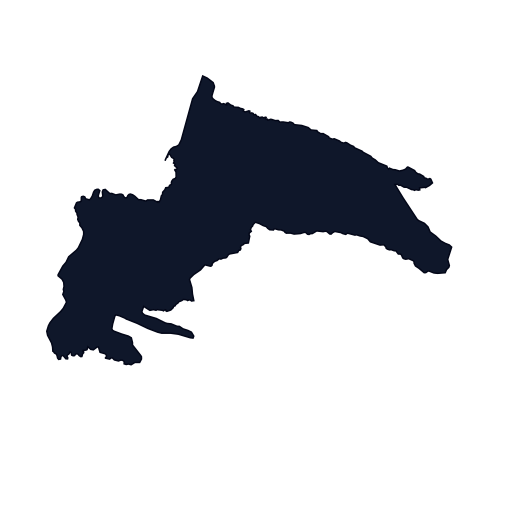 the district of Popokabaka, Bandundu, Democratic Republic of the Congo, rotated 107°
{"feature_id": "63176286B47421332346835", "entity_name": "Popokabaka", "entity_type": "district", "adm_level": 2, "iso_a3": "COD", "parent_name": "Democratic Republic of the Congo", "parent_adm1": "Bandundu", "projection": "albers", "projection_center": [16.639, -5.513], "detail": "fine", "context": "isolated", "style": "filled", "palette": "ink", "viewbox_px": 512, "rotation_deg": 107, "n_neighbors": 0, "source": "geoboundaries", "source_scale": "gbopen_adm2", "svg_char_len": 6152}
<svg xmlns="http://www.w3.org/2000/svg" viewBox="0 0 512 512"><g transform="rotate(107 256 256)"><path d="M397.7,370.0L397.4,365.8L395.8,364.8L395.5,363.4L396.8,361.1L396.6,356.8L395.1,354.9L394.7,353.2L395.4,351.2L397.7,350.6L397.7,348.4L396.6,346.4L396.5,343.6L393.2,340.7L391.8,336.1L388.0,335.4L385.8,336.1L384.9,337.1L377.2,348.1L374.9,348.8L370.7,351.3L369.9,354.6L369.9,361.7L369.4,369.8L368.9,371.6L367.7,372.6L362.9,373.2L354.8,373.4L353.3,372.9L353.1,369.1L353.7,363.4L354.2,361.6L355.1,350.1L356.9,338.3L357.6,327.9L357.4,323.7L354.8,315.2L353.5,307.4L353.4,295.0L352.9,292.2L350.8,292.1L347.7,295.5L347.1,299.2L347.0,304.5L345.7,308.7L346.3,311.0L345.7,317.3L346.5,321.3L346.5,323.6L344.9,333.0L345.0,345.3L343.8,348.0L342.4,348.9L337.0,348.7L339.0,341.6L337.3,338.4L337.1,335.7L336.2,334.9L335.3,329.7L335.5,328.4L334.0,327.4L333.8,326.7L334.8,326.1L335.0,325.1L332.6,321.7L329.7,320.1L328.3,320.1L327.3,318.8L325.8,318.5L323.6,316.8L322.5,316.6L320.3,313.9L318.8,312.8L318.2,309.7L318.6,308.4L317.6,307.2L317.3,306.1L317.9,304.5L316.9,302.4L311.0,305.6L304.9,308.1L298.0,312.7L296.5,312.6L291.9,310.1L285.5,305.0L279.4,302.3L279.1,296.6L278.6,295.8L277.4,295.3L276.1,295.7L273.2,294.0L271.7,291.9L269.5,290.5L269.2,288.6L267.7,286.9L266.6,284.3L265.7,283.6L262.9,282.8L261.8,281.9L258.0,274.6L255.7,274.1L254.9,272.8L253.4,272.6L252.1,273.4L250.5,273.3L248.5,271.2L247.5,271.1L245.8,267.1L238.8,267.8L238.1,268.7L236.1,269.2L233.8,267.7L232.4,269.0L230.0,268.9L228.3,268.0L226.8,268.0L223.9,266.5L224.0,262.1L224.8,258.1L224.9,254.7L226.1,252.9L226.9,250.6L226.0,246.9L225.1,246.7L224.4,245.8L224.4,242.3L223.7,239.6L224.0,236.2L224.9,235.2L225.3,233.7L224.0,229.7L223.9,226.0L221.6,220.2L219.3,216.8L219.0,215.1L220.1,213.2L219.9,211.6L218.7,210.4L218.1,208.7L214.3,205.3L213.1,198.9L212.1,197.1L211.8,195.5L213.4,191.9L213.1,190.6L211.2,189.5L209.5,187.8L208.8,181.7L209.2,179.5L209.1,176.5L207.4,175.2L207.1,167.5L206.3,165.9L206.4,162.4L206.0,159.3L206.8,154.2L209.0,150.8L209.3,140.6L207.9,137.0L209.3,134.5L210.5,133.8L211.0,132.5L211.1,130.2L210.4,128.6L210.6,125.3L210.1,123.8L212.5,120.5L212.0,118.6L212.2,117.5L215.0,115.0L215.4,113.7L215.3,111.9L213.9,109.1L214.6,103.9L215.3,103.2L216.7,102.7L218.9,100.6L220.1,96.6L222.8,90.3L222.3,88.8L220.1,87.1L219.8,86.1L220.2,80.9L219.5,77.3L216.7,70.2L213.3,69.8L210.5,68.3L208.6,68.3L203.2,71.7L190.3,71.5L188.9,74.4L188.6,78.7L187.6,83.5L184.4,89.9L182.1,96.5L177.9,100.0L175.5,104.5L174.6,110.7L173.9,112.5L157.4,132.4L147.0,144.1L146.0,141.4L146.6,140.1L146.0,138.6L146.9,134.5L146.2,132.0L147.0,126.6L146.6,124.9L146.9,123.7L145.8,122.4L145.6,120.0L144.9,118.7L143.0,119.5L141.0,114.7L141.1,113.9L137.8,110.7L134.5,108.6L131.4,111.3L131.1,112.4L132.4,114.1L131.9,116.5L132.3,117.7L130.9,118.9L129.8,123.4L130.1,125.3L129.2,127.8L127.9,129.3L126.5,136.5L126.7,137.2L129.2,138.4L130.9,140.4L132.8,143.7L132.8,148.1L133.3,150.3L133.0,154.1L134.2,154.6L133.6,155.8L131.8,157.2L131.0,166.4L129.2,170.1L128.4,173.5L127.1,175.4L125.5,183.8L124.7,185.3L123.7,193.3L122.7,194.7L122.4,198.1L121.2,202.2L121.2,203.6L122.4,205.0L122.4,208.1L121.6,209.8L121.0,215.4L122.0,217.3L121.6,220.9L120.7,221.4L119.3,227.6L120.1,230.0L119.2,233.4L118.2,234.5L119.4,240.2L117.9,243.6L117.8,250.4L119.2,257.7L118.1,259.5L117.8,261.8L118.0,263.0L119.1,264.0L119.9,269.3L121.0,272.4L119.9,274.4L120.9,277.2L120.8,281.0L121.1,282.3L122.7,284.1L122.7,284.6L121.9,284.8L121.8,285.4L122.4,286.4L122.2,287.0L120.5,286.8L120.5,287.6L121.7,289.2L121.3,290.5L121.8,291.9L122.7,291.9L123.0,292.5L122.0,294.3L122.1,296.0L120.8,297.8L121.6,299.4L120.5,300.4L120.4,301.8L121.0,303.4L120.6,304.2L119.3,304.2L119.2,305.2L121.5,308.6L121.1,310.6L119.5,310.5L119.2,311.8L119.4,314.3L119.0,316.3L120.1,320.5L119.1,321.9L119.0,324.4L117.8,327.6L118.7,328.9L120.0,328.2L120.2,329.1L119.7,331.4L120.7,333.0L120.7,334.3L119.7,335.7L119.7,338.2L119.3,340.5L118.3,343.0L117.2,344.5L115.5,345.0L106.7,345.1L105.6,345.5L102.7,347.7L100.1,354.7L99.4,359.6L115.9,360.0L124.1,362.6L166.9,361.4L172.4,362.3L174.5,364.2L176.0,366.7L178.4,368.5L181.4,369.6L190.0,370.8L191.5,370.8L188.5,370.5L187.1,369.4L184.6,369.7L184.1,369.3L183.9,368.2L186.3,365.5L186.8,363.4L187.7,362.4L189.0,362.4L189.7,361.7L191.2,362.1L191.9,360.1L193.4,360.3L195.0,356.9L196.5,357.4L196.9,358.7L197.4,358.9L199.2,357.0L203.7,355.5L205.3,355.8L206.9,357.7L208.9,358.4L210.2,358.5L212.2,357.8L213.7,359.3L215.8,359.5L217.1,362.3L219.2,362.5L222.3,363.9L224.5,363.4L226.1,364.1L230.5,363.8L232.9,364.6L232.5,365.3L232.7,366.0L233.3,366.1L232.4,370.6L234.1,376.1L235.7,377.4L235.8,382.6L236.5,384.8L234.3,389.3L233.5,391.9L233.5,394.3L234.2,395.4L235.6,396.2L237.7,396.5L238.5,397.4L238.6,398.5L237.6,400.1L236.6,400.9L236.2,402.5L236.6,404.3L238.6,408.0L238.3,412.2L239.0,414.1L236.4,419.6L237.4,421.5L239.7,421.7L243.3,420.1L245.0,420.3L246.5,422.3L245.7,423.9L244.2,424.5L239.1,424.5L238.3,426.3L238.7,427.6L240.2,429.4L242.4,430.0L246.6,430.1L249.7,430.9L251.0,431.8L251.1,435.6L249.5,437.1L249.4,438.7L250.3,440.1L251.0,440.2L254.4,439.2L255.6,440.0L256.8,442.5L257.7,443.2L263.1,443.7L264.2,442.1L265.7,441.7L267.5,439.6L268.6,439.3L270.7,437.5L273.1,437.2L274.7,435.9L275.9,434.1L278.2,433.4L279.9,430.7L282.9,428.0L285.8,427.1L290.9,426.9L300.1,428.3L302.9,429.4L311.5,434.9L317.5,435.8L322.1,437.8L331.8,439.8L332.8,439.5L334.8,434.8L337.4,432.2L341.2,430.7L344.3,430.5L346.0,429.4L349.3,429.5L353.5,425.2L355.6,423.7L362.4,425.0L366.3,426.6L374.8,431.5L380.1,433.5L383.3,434.1L389.1,434.1L392.8,432.1L398.9,426.1L402.4,424.0L406.5,422.4L406.6,421.7L407.7,420.4L408.2,418.2L409.5,417.1L411.6,415.9L412.6,414.5L411.7,412.8L409.1,413.1L408.0,412.4L407.6,411.3L409.9,407.8L409.5,406.1L408.4,406.2L406.9,407.6L405.7,407.3L404.5,406.3L402.0,405.8L402.1,404.7L404.7,403.3L404.9,401.7L404.3,400.4L402.7,399.9L401.8,398.7L402.0,397.2L402.9,396.1L403.5,394.1L403.0,393.1L400.2,393.2L398.9,392.5L397.9,392.9L397.8,393.9L396.9,393.9L395.7,391.1L394.9,390.2L391.9,390.3L393.6,386.8L393.3,384.1L389.6,381.4L389.0,380.1L393.7,377.0L393.6,372.0L394.0,370.7L395.3,369.7L396.5,369.7L397.1,370.2L397.7,370.0Z" fill="#0f172a" stroke="#020617" stroke-width="1.5"/></g></svg>